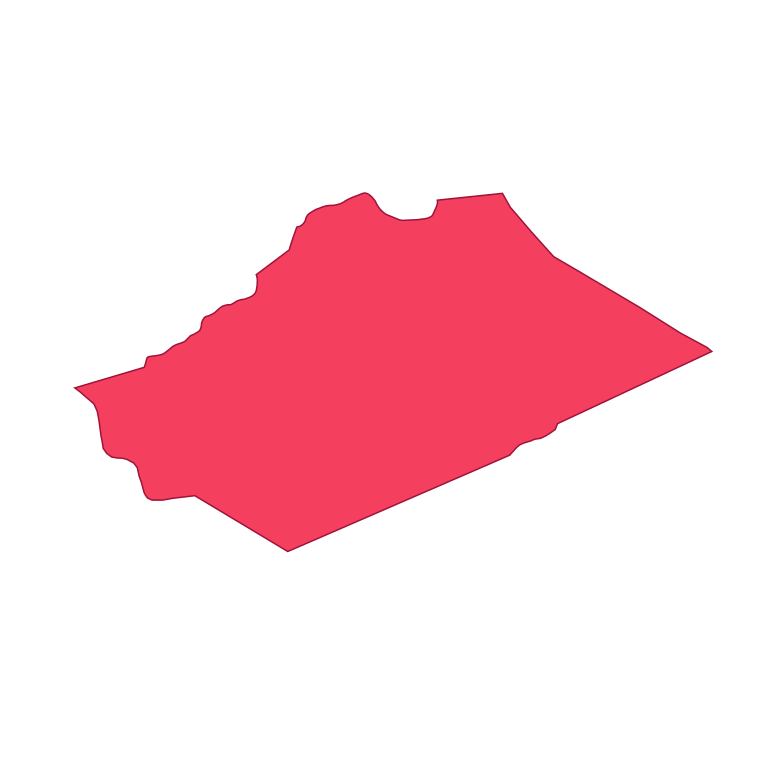 the district of San Miguelito, Francisco Morazán, Honduras, rotated 123°
{"feature_id": "27666195B71574157318497", "entity_name": "San Miguelito", "entity_type": "district", "adm_level": 2, "iso_a3": "HND", "parent_name": "Honduras", "parent_adm1": "Francisco Morazán", "projection": "orthographic", "projection_center": [-87.496, 13.751], "detail": "fine", "context": "isolated", "style": "filled", "palette": "rose", "viewbox_px": 768, "rotation_deg": 123, "n_neighbors": 0, "source": "geoboundaries", "source_scale": "gbopen_adm2", "svg_char_len": 6027}
<svg xmlns="http://www.w3.org/2000/svg" viewBox="0 0 768 768"><g transform="rotate(123 384 384)"><path d="M576.9,373.5L453.5,291.7L375.2,239.8L368.6,238.8L365.4,238.3L361.2,237.1L357.6,234.8L351.9,230.0L348.2,227.5L344.3,223.1L339.6,220.2L334.0,217.6L328.8,215.6L322.8,216.9L178.2,126.8L177.4,133.0L179.8,162.7L180.5,211.3L183.3,279.3L184.8,311.1L176.2,343.1L167.0,374.3L159.6,388.5L200.8,439.4L201.2,439.1L201.6,438.8L202.2,438.3L202.7,438.0L202.8,437.9L203.1,437.7L203.4,437.6L203.7,437.5L204.8,437.1L206.3,436.7L206.7,436.6L207.9,436.4L209.1,436.2L210.6,436.1L212.1,435.8L212.8,435.7L214.3,435.5L215.3,435.3L215.6,435.3L216.1,435.3L216.5,435.3L216.9,435.4L217.3,435.5L217.8,435.7L218.2,435.9L218.5,436.0L219.3,436.5L219.8,436.8L220.5,437.3L221.3,437.9L221.9,438.5L222.4,438.9L222.8,439.3L223.2,439.8L224.2,441.0L225.2,442.2L226.1,443.2L228.8,446.5L229.2,447.1L229.4,447.4L230.7,449.3L231.8,450.7L232.6,451.9L234.5,454.5L235.8,456.3L236.3,457.1L236.8,457.8L237.2,458.6L237.4,459.2L237.7,459.9L237.9,460.6L238.1,461.2L238.2,461.9L239.0,466.0L240.0,471.4L240.4,473.4L240.5,473.8L240.5,474.1L240.5,474.5L240.6,474.8L240.6,475.2L240.6,475.6L240.5,476.2L240.5,477.2L240.3,478.3L240.3,478.8L240.2,479.4L240.1,479.9L239.9,480.7L239.7,481.6L239.6,482.0L239.4,482.8L239.2,483.3L239.0,483.8L238.9,484.3L238.7,484.8L238.3,485.8L238.0,486.4L237.7,487.0L237.4,487.5L237.0,488.4L236.6,488.9L236.2,489.6L235.8,490.2L235.6,490.5L235.4,490.9L235.3,491.3L235.1,491.6L234.8,492.6L234.6,493.1L234.3,494.1L233.9,495.7L233.7,496.3L233.6,497.2L233.5,497.5L233.4,498.4L233.4,499.0L233.3,499.7L233.3,500.0L233.3,500.8L233.4,501.3L233.4,501.6L233.5,501.8L233.6,502.3L233.7,502.6L233.8,503.1L234.0,503.5L234.2,503.8L234.3,504.1L234.5,504.4L234.8,504.7L235.0,505.0L235.4,505.3L235.6,505.5L236.6,506.3L238.9,507.9L244.1,511.7L245.4,512.6L246.6,513.4L248.3,514.4L250.2,515.5L250.6,515.7L251.3,516.1L251.8,516.3L252.7,516.6L253.4,516.9L253.8,517.1L254.4,517.5L255.0,517.8L255.6,518.2L256.2,518.6L256.9,519.1L257.6,519.7L258.0,520.0L258.7,520.7L259.3,521.2L259.8,521.7L260.4,522.3L261.0,523.0L261.8,523.9L262.3,524.5L262.8,525.2L263.1,525.8L263.4,526.3L263.8,526.8L264.2,527.3L264.8,528.0L265.3,528.5L265.7,529.1L266.5,529.9L266.9,530.2L267.4,530.7L267.8,531.0L269.4,532.3L271.4,533.7L273.7,535.4L274.5,536.0L274.9,536.2L275.4,536.5L276.9,537.3L278.6,538.1L279.4,538.5L280.7,539.1L281.1,539.3L281.8,539.5L282.3,539.7L283.0,539.9L283.3,540.0L283.5,540.0L283.9,540.1L284.4,540.1L284.8,540.1L285.3,540.1L285.6,540.1L286.3,540.0L286.9,539.9L287.3,539.8L287.7,539.7L288.1,539.5L288.6,539.3L289.2,539.2L289.8,539.0L290.4,539.0L290.8,538.9L291.6,538.9L292.0,538.9L292.6,538.9L293.1,539.0L293.6,539.0L294.4,539.2L295.0,539.4L295.3,539.5L295.8,539.6L296.0,539.7L296.8,540.1L297.2,540.3L297.7,540.6L297.9,540.6L298.2,540.9L298.4,541.1L298.6,541.4L298.7,541.5L298.9,541.9L299.0,542.0L299.4,542.3L299.5,542.4L299.9,542.5L300.2,542.5L300.5,542.5L300.7,542.4L307.8,540.7L314.9,538.9L316.9,538.4L318.8,537.8L321.0,537.2L323.1,536.5L361.9,550.7L362.5,549.9L362.8,549.5L363.2,549.1L364.0,548.4L364.5,547.8L364.9,547.5L365.2,547.3L365.6,547.0L366.0,546.7L367.7,545.7L369.4,544.7L370.1,544.3L371.3,543.7L372.7,543.1L374.1,542.5L375.1,542.1L375.6,542.0L375.9,541.9L376.2,541.8L376.7,541.7L376.9,541.7L377.4,541.6L377.9,541.6L378.3,541.6L378.8,541.7L379.3,541.7L379.6,541.8L379.9,541.9L380.7,542.1L381.3,542.3L382.2,542.6L382.5,542.7L382.9,542.9L383.6,543.4L384.2,543.8L385.6,544.7L386.4,545.4L387.3,546.0L388.3,546.7L388.7,547.1L389.0,547.4L389.3,547.8L389.8,548.3L390.1,548.7L390.6,549.3L391.0,549.7L391.7,550.3L392.5,551.0L393.4,551.7L393.7,552.0L394.0,552.2L394.5,552.5L394.8,552.7L395.3,552.9L395.7,553.1L396.8,553.6L397.5,553.9L398.2,554.2L398.8,554.6L399.9,555.1L400.3,555.4L400.7,555.7L401.0,555.9L401.3,556.1L401.5,556.4L401.6,556.5L401.8,556.8L402.0,557.2L402.1,557.4L402.4,557.9L402.7,558.2L402.9,558.4L403.2,558.8L403.8,559.4L404.5,560.0L404.8,560.3L405.1,560.6L405.8,561.1L406.2,561.4L406.6,561.7L406.8,561.8L407.2,562.0L407.6,562.2L407.8,562.3L409.1,562.8L409.8,563.0L410.8,563.4L411.9,563.7L413.0,564.0L413.6,564.1L415.0,564.5L416.1,564.8L416.6,565.0L417.2,565.2L417.6,565.4L419.6,566.5L420.5,567.1L421.8,567.8L422.2,568.1L422.6,568.5L422.9,568.7L423.3,569.1L423.6,569.4L423.9,569.7L424.4,570.0L424.6,570.1L425.1,570.4L425.3,570.5L425.6,570.6L425.9,570.7L426.3,570.8L426.7,570.9L427.0,570.9L427.3,570.9L427.6,570.9L427.9,570.9L428.4,570.9L429.1,570.8L429.7,570.8L429.9,570.7L430.6,570.6L431.1,570.5L431.6,570.3L432.4,570.1L432.7,569.9L433.2,569.7L433.5,569.5L434.4,569.1L434.8,568.9L435.2,568.7L435.6,568.5L436.2,568.3L436.7,568.2L437.1,568.1L438.0,567.9L438.3,567.8L438.7,567.8L439.2,567.8L439.6,567.8L440.0,567.9L440.4,568.0L440.7,568.1L441.1,568.2L441.3,568.3L442.6,568.9L444.0,569.6L445.4,570.3L446.1,570.7L446.7,571.1L447.5,571.6L448.2,572.2L448.5,572.4L448.9,572.5L449.3,572.7L449.6,572.8L449.9,572.8L450.3,572.9L451.3,573.0L451.7,573.1L452.2,573.2L453.0,573.4L455.1,573.8L456.7,574.3L457.0,574.4L457.4,574.6L457.7,574.8L458.7,575.5L459.7,576.2L460.9,577.1L463.1,578.9L463.8,579.4L464.6,579.9L465.6,580.6L466.5,581.1L467.1,581.4L467.6,581.6L468.1,581.8L469.1,582.1L471.0,582.7L472.2,583.0L474.1,583.7L476.0,584.3L476.4,584.5L477.3,584.8L477.9,585.1L478.4,585.3L478.8,585.5L479.2,585.8L479.8,586.1L480.0,586.3L480.3,586.5L480.6,586.8L481.0,587.1L482.2,588.3L483.2,589.3L484.1,590.3L484.7,590.9L485.0,591.3L485.4,591.7L486.8,593.6L487.6,594.4L487.9,594.8L488.3,595.1L488.7,595.6L489.3,596.1L489.6,596.3L490.0,596.6L490.4,596.8L490.5,596.9L490.8,596.9L491.1,596.9L491.4,596.9L491.9,596.7L492.8,596.5L493.4,596.3L496.7,595.2L497.7,594.9L499.5,594.4L500.6,594.2L555.7,641.2L556.1,635.2L557.5,625.2L558.7,616.3L563.2,609.5L569.6,603.4L576.0,597.9L581.4,593.3L585.7,589.1L591.0,584.3L593.2,578.7L593.6,572.7L591.4,567.5L588.8,563.2L587.3,558.8L586.6,550.8L588.5,545.4L594.8,539.0L598.2,534.4L601.7,530.5L605.6,526.2L607.2,523.4L608.4,520.2L607.7,515.3L602.0,506.5L594.9,498.9L580.7,481.8L576.9,373.5Z" fill="#f43f5e" stroke="#9f1239" stroke-width="1.5"/></g></svg>